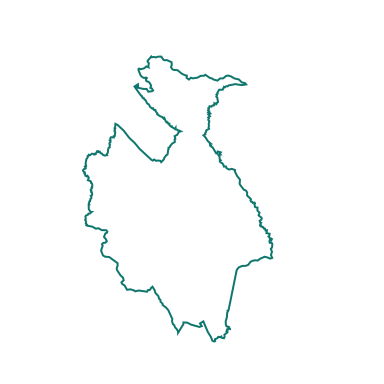 Isoka, Muchinga, Zambia (Natural Earth projection), rotated 313°
{"feature_id": "96606910B95554535134500", "entity_name": "Isoka", "entity_type": "district", "adm_level": 2, "iso_a3": "ZMB", "parent_name": "Zambia", "parent_adm1": "Muchinga", "projection": "natural_earth1", "projection_center": [32.81, -10.022], "detail": "fine", "context": "isolated", "style": "outline", "palette": "teal", "viewbox_px": 384, "rotation_deg": 313, "n_neighbors": 0, "source": "geoboundaries", "source_scale": "gbopen_adm2", "svg_char_len": 5995}
<svg xmlns="http://www.w3.org/2000/svg" viewBox="0 0 384 384"><g transform="rotate(313 192 192)"><path d="M211.9,282.6L211.5,282.1L211.9,281.3L211.3,280.5L211.6,278.3L212.7,278.4L214.4,277.3L212.7,274.5L215.1,272.9L214.0,272.0L215.0,270.4L214.3,269.4L214.9,268.2L214.3,267.7L214.4,266.1L213.7,265.6L213.8,264.8L214.2,264.3L215.0,264.5L215.6,263.6L216.6,263.6L216.4,262.0L217.2,261.1L219.0,261.6L220.2,261.1L220.6,260.3L220.3,256.7L223.0,255.4L223.0,252.5L225.2,250.6L224.0,248.5L225.4,246.2L226.5,246.0L226.9,245.0L225.4,243.8L225.9,242.8L225.2,241.5L225.7,240.6L227.0,240.0L227.0,234.7L229.1,232.8L229.7,231.4L229.8,230.2L229.0,228.5L229.9,223.0L230.5,221.2L233.8,218.6L234.4,214.3L236.3,209.3L237.4,208.4L236.0,205.2L233.7,203.8L233.0,201.0L233.8,199.5L232.3,197.9L233.2,196.7L233.7,194.5L233.1,192.7L233.3,191.4L234.2,190.8L234.8,191.2L235.1,189.5L237.6,187.1L236.9,186.8L237.1,185.8L237.4,185.6L238.9,187.2L239.1,186.1L240.6,186.0L239.2,183.2L237.2,183.9L236.7,183.4L238.7,176.6L238.3,175.2L238.9,174.5L238.3,173.7L239.4,172.2L240.2,172.8L240.0,168.9L241.1,164.8L241.3,161.7L243.4,162.4L244.0,161.5L245.6,161.3L246.7,160.4L249.9,161.4L250.4,160.2L252.3,159.0L253.0,157.9L255.6,156.4L255.6,155.3L256.1,154.5L257.4,154.2L257.6,153.0L259.6,153.5L259.8,151.2L261.9,152.0L262.0,151.4L261.1,149.6L262.8,149.5L262.6,148.1L263.8,147.9L264.3,146.9L264.9,147.3L266.7,146.3L267.8,148.1L269.0,147.9L270.1,148.9L270.7,148.5L271.1,148.9L272.2,147.9L272.4,148.7L273.1,149.0L273.1,149.8L274.0,149.4L275.5,149.7L278.2,146.2L278.3,144.8L279.4,144.6L279.9,143.4L281.3,143.7L281.6,143.0L285.3,142.1L287.7,144.7L290.7,143.7L290.9,144.6L292.7,144.9L293.6,146.0L294.8,146.0L300.4,150.1L304.2,155.6L307.6,158.2L307.8,156.6L306.1,153.6L306.3,149.6L303.9,145.4L303.2,141.9L301.9,139.1L300.2,137.8L296.4,137.3L294.2,135.1L290.9,134.7L288.9,131.0L288.6,128.8L287.7,127.7L286.8,121.8L285.1,121.4L283.0,119.2L279.3,118.0L275.6,115.0L274.8,113.2L272.2,113.1L271.8,110.2L273.6,108.8L272.8,107.7L271.6,104.0L271.2,98.3L268.6,95.1L268.4,93.8L269.0,91.4L271.1,90.6L273.0,88.5L271.3,83.6L269.9,82.4L269.2,81.0L270.1,77.2L268.0,75.0L265.7,73.7L264.9,72.1L263.1,70.7L263.3,69.8L257.5,70.1L256.9,71.0L256.8,72.6L254.1,74.3L253.6,75.2L252.7,73.0L249.7,72.6L246.8,70.8L246.4,69.4L245.7,68.9L244.6,69.8L242.2,75.0L242.1,77.5L242.8,79.3L244.3,80.2L244.5,81.3L242.9,81.5L242.0,83.0L242.9,85.1L242.9,86.6L242.0,89.5L239.8,90.5L240.4,92.0L239.7,94.3L238.4,94.0L235.6,91.7L236.4,88.5L234.2,86.1L231.3,81.2L231.4,80.4L232.5,80.5L233.9,79.0L229.9,78.0L227.7,89.1L228.0,90.3L227.1,91.7L227.8,93.0L227.2,94.1L227.5,95.4L226.2,98.7L226.6,100.8L225.7,103.3L225.8,105.5L226.4,106.0L226.0,106.2L226.4,107.7L226.1,108.5L227.0,109.3L226.2,110.6L225.9,113.1L225.1,113.4L225.6,116.8L226.5,118.9L226.3,119.9L226.9,120.4L226.5,121.1L227.3,121.2L225.7,124.8L226.2,125.6L225.6,126.2L226.3,126.9L225.8,128.0L226.5,129.0L225.6,129.7L225.6,132.4L226.2,132.5L225.9,133.2L226.3,135.8L226.7,136.5L227.6,136.3L226.6,137.3L227.4,138.4L227.4,140.2L228.0,140.3L228.7,142.4L226.9,141.4L223.8,142.2L221.0,141.2L219.5,143.6L218.6,143.4L217.0,145.3L213.8,144.5L210.9,144.6L210.2,145.1L208.1,144.7L207.6,145.6L206.8,145.7L202.8,148.5L201.1,148.1L198.2,148.4L196.7,149.2L192.8,149.1L193.2,147.6L191.9,145.7L190.3,144.5L190.0,142.2L188.3,142.0L187.9,140.6L187.8,124.5L188.8,116.3L188.8,109.2L190.3,100.1L190.3,91.7L189.6,89.5L187.2,91.5L186.4,91.6L186.1,92.5L185.2,92.4L184.6,93.6L183.7,93.7L183.4,95.1L180.2,97.3L179.4,96.7L178.6,97.6L176.8,95.4L175.5,95.6L174.3,97.1L173.7,96.8L173.6,97.7L172.7,98.4L172.1,98.1L170.8,98.8L170.6,99.9L169.4,100.3L168.6,101.4L167.3,101.0L165.9,101.6L163.4,103.6L161.2,104.0L161.0,104.7L159.1,103.3L158.5,101.7L158.6,99.5L158.0,98.7L158.6,97.0L157.4,96.4L157.8,95.3L156.9,94.7L155.6,95.4L154.1,95.0L153.8,95.7L152.6,94.9L152.8,94.1L151.8,92.7L149.3,92.3L148.8,91.1L147.7,91.6L147.1,91.2L145.9,92.2L143.9,92.4L140.1,94.9L139.1,96.4L137.8,96.3L138.0,97.3L136.6,97.5L136.5,98.1L134.7,97.3L133.3,97.6L132.8,100.0L133.1,100.3L132.2,100.7L132.4,101.3L131.2,102.9L131.7,104.5L132.5,104.4L132.5,105.6L131.9,106.9L129.6,107.8L130.8,110.7L129.8,111.9L130.1,112.5L129.6,113.8L128.3,115.1L126.8,115.5L126.8,116.2L124.5,116.4L124.0,117.3L124.1,118.0L123.2,118.3L123.2,119.5L121.8,120.9L120.1,120.6L119.8,121.8L118.6,122.7L117.7,122.4L115.8,123.7L115.5,123.3L112.9,124.5L112.8,125.5L111.9,125.4L109.0,128.3L108.3,131.7L108.8,132.2L106.4,131.9L105.6,131.0L104.5,131.4L102.3,130.5L101.4,130.8L99.7,132.8L98.8,132.8L98.0,134.9L96.6,135.7L96.5,137.4L95.6,137.5L95.8,138.2L98.7,142.8L99.6,146.7L101.7,148.3L102.5,151.9L105.5,155.3L105.4,157.0L104.3,157.6L102.6,156.9L99.1,158.3L98.8,161.0L97.9,163.3L95.9,163.3L94.4,161.9L92.5,161.7L91.8,163.3L87.1,165.5L84.9,170.1L85.4,172.5L88.0,175.9L89.2,186.1L87.6,187.7L84.9,188.9L83.8,190.3L82.3,196.5L82.3,200.0L80.8,202.2L77.8,202.0L77.1,203.8L77.7,206.2L76.2,211.2L78.9,213.4L80.6,217.1L80.6,218.2L83.6,220.2L88.4,227.1L90.4,226.7L91.0,227.6L92.2,228.0L93.8,227.5L95.8,227.7L94.8,231.4L93.3,233.9L92.9,238.4L91.4,240.9L91.7,242.2L90.4,243.7L90.1,246.9L89.3,247.6L89.8,251.6L89.4,255.3L85.7,264.2L83.9,265.5L82.3,268.2L82.6,269.4L81.4,272.2L81.4,274.1L80.5,276.9L79.6,277.8L89.3,275.9L90.8,274.7L93.2,277.6L94.4,281.9L98.4,289.5L100.6,290.6L101.3,287.5L105.1,288.5L100.4,299.1L99.0,304.3L97.1,308.5L97.9,310.3L98.8,310.6L99.9,309.2L102.6,310.3L104.0,310.0L105.1,311.6L106.3,312.0L105.6,313.0L106.8,315.1L108.2,314.7L109.8,313.0L113.5,313.7L114.1,313.1L113.6,312.3L115.4,311.4L115.9,312.0L116.7,311.6L117.7,313.2L118.0,312.8L117.5,311.7L118.5,310.9L117.3,308.8L118.2,307.1L120.3,304.9L124.5,302.7L127.5,300.2L129.5,299.6L129.5,299.0L130.7,299.2L165.1,278.1L166.7,277.7L168.7,277.6L172.1,279.1L174.7,281.7L177.1,282.8L180.8,282.4L182.8,283.1L185.0,284.6L186.7,286.8L189.8,287.4L194.2,289.3L195.8,292.2L196.4,294.4L198.5,295.6L199.8,292.7L202.9,291.2L204.2,288.4L205.9,288.4L208.6,286.4L209.2,284.9L207.9,283.5L208.5,282.5L209.8,281.7L210.5,283.0L211.9,282.6Z" fill="none" stroke="#0f766e" stroke-width="2"/></g></svg>